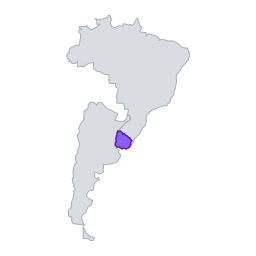 Uruguay highlighted, Mercator projection
{"feature_id": "URY", "entity_name": "Uruguay", "entity_type": "country or territory", "adm_level": 0, "iso_a3": "URY", "parent_name": "South America", "parent_adm1": "", "projection": "mercator", "projection_center": [-56.018, -32.517], "detail": "fine", "context": "with_neighbors", "style": "filled", "palette": "violet", "viewbox_px": 256, "rotation_deg": 0, "n_neighbors": 2, "source": "natural_earth", "source_scale": "50m", "svg_char_len": 4922}
<svg xmlns="http://www.w3.org/2000/svg" viewBox="0 0 256 256"><path d="M83.2,226.7L86.0,233.1L90.1,236.3L94.5,237.6L93.1,240.4L90.1,240.6L88.5,238.7L83.2,238.6L83.2,226.7ZM117.8,131.3L116.1,138.0L116.2,141.7L115.5,142.6L115.0,147.0L119.0,150.3L118.6,152.9L120.5,154.6L120.4,156.5L117.4,161.6L112.7,163.7L106.4,164.6L103.0,164.2L103.6,166.6L103.0,169.6L103.6,171.7L101.7,173.2L98.5,173.8L95.5,172.2L94.3,173.3L94.7,177.5L96.8,178.8L98.5,177.4L99.5,179.6L96.6,181.0L94.1,183.6L93.6,188.0L92.8,190.4L89.9,190.4L87.4,192.7L86.5,196.1L89.6,199.4L92.6,200.4L91.5,204.5L87.8,207.2L85.8,212.8L82.9,214.8L81.6,217.1L82.7,222.3L84.7,225.2L72.9,223.5L71.6,220.5L71.7,216.8L69.6,217.1L68.5,215.3L68.2,210.2L70.6,208.1L71.6,205.1L71.3,202.7L72.9,198.7L74.1,192.7L73.7,190.1L75.1,189.3L74.8,187.6L73.3,186.7L74.3,184.9L72.9,183.3L72.2,178.3L73.5,177.5L72.9,172.4L74.5,164.5L76.4,163.1L75.4,159.2L75.4,155.6L77.8,153.0L77.7,149.8L79.5,146.1L79.5,142.6L78.7,141.9L77.3,135.5L79.2,131.8L78.9,128.3L80.0,125.0L82.1,121.7L84.3,119.5L83.3,118.1L84.0,117.0L83.9,111.2L87.3,109.5L88.4,105.9L88.0,105.1L90.6,102.0L94.7,102.9L96.6,105.3L97.8,102.6L101.4,102.7L107.6,109.0L110.2,109.5L114.0,112.1L117.3,113.4L117.7,115.0L114.6,120.3L121.3,121.8L123.8,121.2L126.7,118.5L127.2,115.4L128.7,114.8L130.3,116.8L130.2,119.6L125.5,123.0L117.8,131.3Z" fill="#d9dde1" stroke="#a8b0b8" stroke-width="1"/><path d="M131.1,144.5L130.2,142.3L131.6,140.6L129.8,138.0L124.1,133.7L122.9,133.8L119.8,131.0L117.8,131.3L125.5,123.0L130.2,119.6L130.3,116.8L128.7,114.8L127.2,115.4L128.2,111.4L128.2,109.5L127.1,108.9L125.9,109.4L124.7,109.3L124.1,104.8L123.5,103.8L121.4,102.9L120.1,103.6L116.8,102.9L117.0,98.3L116.1,96.5L117.0,95.8L116.7,93.9L117.6,92.4L118.2,89.8L117.4,87.8L115.7,86.8L115.4,85.6L115.8,83.7L109.8,83.5L108.6,79.7L109.5,79.7L108.7,75.5L106.9,74.5L104.9,74.5L101.5,73.0L100.3,71.8L96.8,71.2L93.4,68.4L93.6,62.6L89.5,63.1L85.1,65.6L84.4,66.6L80.4,66.4L78.6,66.9L77.2,66.6L77.4,61.7L74.9,63.6L72.1,63.5L70.9,61.8L68.8,61.6L69.5,60.3L67.7,58.4L66.4,55.5L67.3,54.9L67.3,53.6L69.2,52.7L68.8,51.0L69.6,49.9L69.9,48.4L73.5,46.3L76.4,45.2L79.3,45.3L80.8,35.4L80.3,33.6L78.9,32.4L78.9,30.1L80.7,29.6L81.3,29.9L81.4,28.7L79.6,28.4L79.5,26.5L85.6,26.5L86.7,25.4L88.1,28.3L88.7,27.9L90.5,29.6L92.9,29.4L93.5,28.4L97.1,27.2L97.5,25.8L99.7,24.9L99.6,24.3L96.9,24.0L96.6,19.9L95.2,19.1L95.8,18.8L100.6,20.0L101.5,19.3L107.3,17.6L108.4,16.4L108.0,15.5L109.6,15.4L110.4,16.1L110.0,17.5L111.0,17.9L111.8,19.4L110.9,20.5L110.4,23.2L111.4,26.2L113.3,27.7L114.9,27.9L115.2,27.2L117.6,26.6L118.7,25.7L122.9,26.1L122.9,24.0L125.7,23.9L128.8,25.2L129.8,24.4L130.5,24.5L130.9,25.4L132.5,25.2L133.7,24.0L136.5,18.8L137.5,18.6L140.1,25.9L141.8,26.4L141.8,28.6L139.5,31.1L140.5,32.1L146.0,32.6L146.1,35.7L148.5,33.7L157.7,36.7L159.2,38.5L158.7,40.3L162.3,39.3L168.4,41.0L173.1,40.8L177.7,43.4L181.7,47.0L184.2,47.9L186.8,48.0L188.0,49.0L189.6,54.9L188.3,60.2L182.3,66.7L180.3,70.3L178.0,73.1L177.2,73.1L176.3,75.5L176.5,81.6L175.3,88.8L174.3,90.1L173.8,94.5L170.6,98.9L170.1,102.4L167.5,103.9L166.8,105.9L163.4,105.9L158.5,107.2L156.3,108.7L152.7,109.7L149.0,112.5L146.4,115.9L145.9,118.5L146.5,120.5L145.2,125.8L143.0,127.8L139.5,134.1L134.6,138.8L133.2,142.3L131.1,144.5Z" fill="#d9dde1" stroke="#a8b0b8" stroke-width="1"/><path d="M131.1,144.4L130.9,144.5L130.8,144.8L130.6,145.4L129.9,146.3L129.8,146.8L129.1,147.3L128.6,147.9L128.3,147.9L128.0,148.1L126.3,148.9L125.7,148.8L125.2,148.8L124.8,148.4L123.9,148.3L123.3,148.4L122.5,148.8L122.2,148.8L121.6,148.6L121.4,148.3L120.2,147.9L119.2,147.1L118.0,147.1L117.1,147.2L116.9,146.8L116.7,146.5L115.9,145.8L115.3,145.0L115.2,144.3L115.3,143.5L115.5,142.6L115.4,142.3L115.7,142.1L115.9,142.1L116.1,141.8L116.3,141.5L116.3,141.2L116.2,140.7L116.1,140.0L115.9,139.6L116.2,139.1L116.2,138.8L116.1,138.6L116.0,138.3L116.1,138.1L116.1,137.8L116.0,137.6L116.1,137.4L116.3,137.3L116.4,137.0L116.6,136.7L116.6,136.3L116.5,136.2L116.4,136.0L116.5,135.7L116.7,135.3L116.9,134.9L117.0,134.6L117.0,134.3L116.9,134.1L117.1,133.9L117.2,133.7L117.1,133.1L117.0,132.7L117.1,132.4L117.5,131.9L117.7,131.6L117.7,131.4L117.8,131.2L118.0,131.5L118.5,131.6L119.0,131.6L119.3,131.1L119.6,131.0L119.9,130.9L120.2,130.9L120.6,131.2L121.6,132.2L122.3,132.8L122.5,133.1L122.7,133.4L122.9,133.6L122.8,134.2L122.8,134.4L122.8,134.5L123.0,134.5L123.2,134.4L123.5,134.3L123.6,134.1L123.8,134.0L123.9,133.9L124.0,133.7L124.6,134.1L124.8,134.4L124.9,134.5L125.0,134.7L125.1,134.9L125.2,135.0L125.4,135.2L125.7,135.3L125.9,135.2L126.3,135.6L127.3,136.0L127.5,136.2L127.6,136.5L128.0,136.9L128.4,137.3L128.8,137.5L129.2,137.6L129.4,137.7L129.5,137.9L129.7,138.0L129.9,138.1L130.1,138.6L130.2,139.0L130.4,139.4L130.7,139.7L131.1,140.0L131.5,140.2L131.8,140.4L131.9,140.6L131.6,140.9L131.3,141.3L131.0,141.6L130.7,141.8L130.7,142.0L130.6,143.5L130.6,143.9L130.6,144.1L130.8,144.3L131.0,144.4L131.1,144.4Z" fill="#8b5cf6" stroke="#5b21b6" stroke-width="1.5"/></svg>